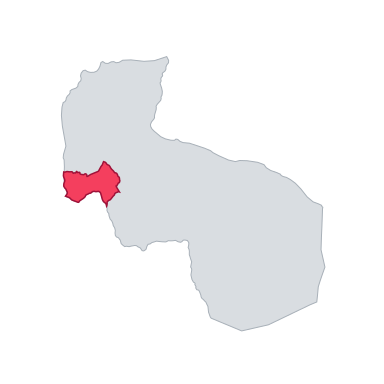 location of Canindeyú within Paraguay, rotated 168°
{"feature_id": "PRY-619", "entity_name": "Canindeyú", "entity_type": "Department", "adm_level": 1, "iso_a3": "PRY", "parent_name": "Paraguay", "parent_adm1": "", "projection": "natural_earth1", "projection_center": [-55.27, -24.157], "detail": "fine", "context": "in_parent", "style": "filled", "palette": "rose", "viewbox_px": 384, "rotation_deg": 168, "n_neighbors": 0, "source": "natural_earth", "source_scale": "10m", "svg_char_len": 5720}
<svg xmlns="http://www.w3.org/2000/svg" viewBox="0 0 384 384"><g transform="rotate(168 192 192)"><path d="M200.2,76.8L200.9,79.4L201.3,81.4L202.3,82.8L203.3,84.6L204.3,85.7L204.9,87.4L204.8,89.4L205.2,92.0L205.7,94.2L206.2,94.8L207.6,95.4L208.3,97.4L207.8,98.4L208.0,99.6L208.5,100.7L208.0,101.8L208.3,102.7L209.3,103.5L210.2,106.3L210.3,111.1L209.3,113.6L208.5,115.7L208.3,117.0L208.9,118.9L208.0,121.1L206.8,123.8L207.1,125.7L207.3,127.4L207.4,129.3L207.7,131.0L207.3,132.9L206.9,134.6L206.8,136.4L207.3,138.5L206.4,140.5L205.9,141.9L205.7,143.3L206.6,145.5L208.9,146.5L210.6,146.7L212.3,145.5L213.6,145.2L215.9,146.2L218.1,148.1L220.9,148.3L223.3,148.7L225.2,149.3L227.9,148.6L230.8,149.3L234.1,150.3L236.9,151.3L239.6,151.0L241.7,150.9L243.8,149.9L245.9,150.0L247.5,148.1L248.3,146.5L249.1,145.3L251.4,144.4L253.0,145.0L254.2,148.0L256.5,149.8L257.4,151.0L259.1,151.6L262.7,151.7L264.9,151.6L267.5,152.6L269.2,152.6L270.6,154.2L272.0,156.2L272.2,159.8L273.5,162.6L275.2,163.7L276.0,165.4L275.8,167.9L275.0,170.3L275.1,173.0L276.0,175.5L276.0,177.9L276.5,180.4L277.7,182.5L278.1,185.9L277.9,188.4L278.7,189.8L279.0,191.7L278.5,193.4L278.3,195.6L278.4,197.6L279.0,199.2L280.8,201.3L281.3,205.1L281.3,207.7L282.0,210.7L283.5,212.1L285.9,212.6L288.6,213.0L291.9,212.3L294.8,211.5L296.5,210.7L299.7,208.5L302.6,207.2L304.0,206.4L305.4,205.8L308.3,207.2L310.9,208.9L312.9,211.4L316.8,214.1L316.0,214.7L314.5,217.0L314.5,219.5L315.6,223.3L314.6,231.1L311.6,243.1L310.4,250.1L310.9,252.1L309.8,255.6L305.8,263.1L305.6,268.2L305.1,283.4L303.8,294.1L301.5,302.1L299.4,306.3L297.5,306.8L296.2,308.1L295.4,310.1L293.9,311.8L291.7,313.1L290.5,314.6L290.3,316.2L288.2,317.2L284.1,317.7L281.8,318.9L281.1,321.0L279.7,322.7L277.7,323.9L276.8,326.0L276.9,328.8L275.7,331.3L273.3,333.3L271.1,333.4L269.1,331.4L266.4,330.1L263.0,329.5L260.1,330.0L257.9,331.6L255.9,334.1L254.1,337.6L252.2,338.2L250.0,335.9L247.3,335.2L244.0,336.1L241.4,335.8L239.4,334.2L236.4,334.0L232.4,335.3L224.2,333.9L211.8,329.8L201.4,328.3L188.6,329.7L187.5,325.6L188.1,323.3L190.2,321.6L191.5,319.7L192.0,317.5L193.4,315.8L195.8,314.7L196.7,313.6L196.4,312.4L196.9,311.4L198.2,310.5L199.0,309.1L199.1,307.2L199.6,306.2L200.5,305.5L200.6,304.2L200.1,300.1L200.1,296.7L200.8,294.1L201.5,292.5L202.1,292.1L202.6,291.2L202.8,289.6L203.6,288.1L207.7,285.1L209.3,283.4L209.4,281.9L210.0,279.9L212.4,275.5L213.1,273.5L213.2,272.5L214.0,271.4L217.0,269.0L218.6,266.7L218.8,264.6L218.1,262.1L216.4,259.4L211.1,252.6L207.0,249.5L201.8,247.0L198.4,246.2L196.7,247.1L195.0,246.4L193.3,244.1L190.5,242.2L184.4,240.3L170.7,232.3L165.2,228.5L163.3,226.1L158.2,221.9L149.7,215.7L143.2,212.7L138.8,212.9L131.5,211.1L121.6,207.4L115.9,203.8L114.3,200.3L110.6,196.7L104.8,193.2L101.7,190.9L101.5,189.8L99.8,188.3L96.5,186.6L93.0,183.5L89.1,179.1L84.9,172.4L80.4,163.3L75.6,157.2L70.6,154.0L68.0,152.0L68.0,150.9L67.2,149.9L67.9,148.2L69.6,141.3L72.1,131.3L74.8,120.9L77.8,108.7L77.7,100.0L77.6,90.9L82.2,83.4L85.4,78.0L88.2,73.0L90.9,64.3L92.8,58.5L100.1,57.1L112.5,54.1L118.6,52.6L131.7,49.4L144.9,46.2L158.8,46.0L172.3,45.8L182.7,53.0L190.7,58.5L199.5,64.6L200.1,65.9L200.8,71.0L200.2,76.8Z" fill="#d9dde1" stroke="#a8b0b8" stroke-width="1"/><path d="M278.5,195.8L278.5,197.2L278.6,198.4L279.2,199.3L280.5,200.9L281.2,203.1L281.6,209.9L281.9,210.8L282.6,211.6L283.5,212.1L285.3,212.2L286.3,212.4L287.3,212.9L288.4,213.1L289.4,213.0L290.5,212.4L291.2,212.0L293.1,212.0L294.0,211.7L294.5,211.5L295.5,211.4L296.0,211.3L296.5,211.0L297.2,210.1L297.5,209.6L299.4,208.4L303.3,206.9L303.8,206.6L304.6,205.8L305.0,205.5L305.8,205.7L310.8,208.9L311.4,209.4L313.0,211.9L315.8,213.7L316.6,214.2L316.0,214.8L315.0,215.6L314.3,216.6L314.0,217.7L314.1,218.3L314.5,219.4L314.6,220.7L314.8,221.1L315.5,222.2L315.8,223.0L316.2,224.1L316.1,225.1L315.8,226.2L315.5,227.0L314.3,228.9L314.0,230.0L314.0,231.1L314.4,233.5L314.4,234.7L313.3,238.3L313.2,238.3L312.6,238.0L312.2,237.9L311.4,237.9L310.7,238.0L310.0,238.0L309.3,237.8L308.5,237.5L307.6,237.2L305.3,236.8L305.1,236.7L304.9,236.4L304.7,236.1L304.4,235.2L304.1,235.0L303.9,235.1L303.4,235.2L303.2,235.2L302.8,235.1L302.4,234.9L302.2,234.9L301.8,234.9L301.6,235.1L301.3,235.5L301.1,235.7L301.0,235.9L300.8,236.0L300.7,236.1L300.4,236.0L300.2,235.7L300.2,235.4L300.2,235.2L300.1,234.9L299.9,234.8L299.5,234.8L298.4,234.7L298.1,234.7L297.9,234.6L297.7,234.4L297.7,234.2L297.7,233.8L297.8,233.6L297.8,233.4L297.7,233.0L297.4,232.7L296.8,232.3L294.6,231.5L294.3,231.5L293.9,231.6L293.2,231.9L292.8,232.0L292.4,231.9L292.0,231.7L291.6,231.3L291.4,230.8L291.4,230.5L291.5,229.1L290.9,229.0L287.6,230.2L279.9,231.6L279.3,231.8L278.9,232.1L275.7,235.9L274.2,237.1L273.8,237.7L272.9,239.1L272.2,240.1L270.6,239.1L270.3,238.8L270.1,238.4L269.9,237.9L269.6,237.1L269.1,236.4L268.6,236.0L267.7,235.4L267.4,234.9L267.0,234.1L266.6,232.6L266.0,231.2L264.4,228.8L263.8,227.3L263.7,227.1L263.5,226.9L263.3,226.8L262.7,226.6L262.4,226.4L262.2,226.2L261.9,226.0L261.7,225.7L261.6,225.3L261.4,224.9L261.3,224.4L261.2,223.2L261.1,222.8L261.0,222.5L260.8,222.3L260.2,221.7L260.1,221.2L260.1,220.6L260.3,218.9L260.2,218.1L260.4,217.6L260.5,217.4L261.0,216.5L261.2,216.4L261.3,216.3L261.4,216.2L262.2,216.1L262.3,216.0L262.4,215.9L262.8,215.3L263.5,214.6L263.9,214.1L264.3,213.6L264.6,213.4L264.8,213.4L264.9,213.5L265.0,213.2L264.8,212.4L263.0,207.1L263.4,207.3L263.8,207.6L264.0,207.6L264.3,207.6L264.5,207.5L264.7,207.4L265.0,207.3L266.0,207.2L266.8,207.0L267.5,206.7L267.8,206.5L268.0,206.2L268.4,205.4L268.7,205.1L270.0,204.3L273.0,201.8L273.7,201.4L274.1,201.2L274.9,201.2L275.2,201.1L275.4,201.0L276.7,200.2L277.0,199.9L277.2,199.5L277.4,198.2L278.0,196.6L278.2,196.1L278.5,195.8L278.5,195.8Z" fill="#f43f5e" stroke="#9f1239" stroke-width="1.5"/></g></svg>